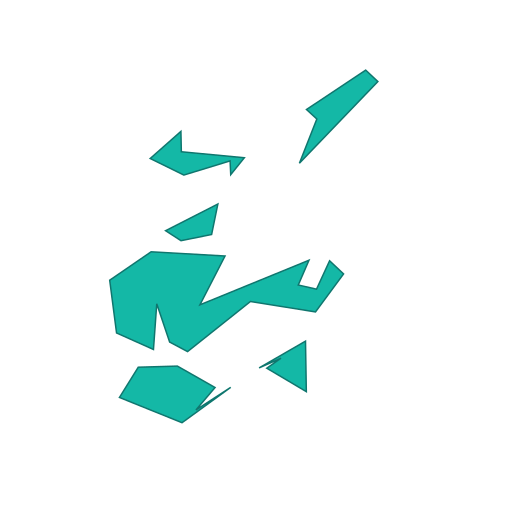 map outline of Orkney (Robinson projection), rotated 336°
{"feature_id": "GBR-2744", "entity_name": "Orkney", "entity_type": "Unitary District", "adm_level": 1, "iso_a3": "GBR", "parent_name": "United Kingdom", "parent_adm1": "", "projection": "robinson", "projection_center": [-2.916, 59.046], "detail": "coarse", "context": "isolated", "style": "filled", "palette": "teal", "viewbox_px": 512, "rotation_deg": 336, "n_neighbors": 0, "source": "natural_earth", "source_scale": "10m", "svg_char_len": 774}
<svg xmlns="http://www.w3.org/2000/svg" viewBox="0 0 512 512"><g transform="rotate(336 256 256)"><path d="M321.3,290.3L328.7,308.0L287.6,331.3L232.4,295.3L154.6,315.5L142.1,299.5L145.9,259.3L124.3,299.7L97.3,269.6L112.5,218.6L161.9,209.5L227.7,243.4L184.9,277.8L302.7,281.4L282.8,299.7L297.8,310.9L321.3,290.3ZM138.5,372.2L179.5,365.7L120.6,378.2L73.7,329.7L103.2,309.7L139.4,324.6L165.1,359.5L138.5,372.2ZM361.7,142.7L431.8,130.8L438.3,146.2L333.4,188.9L367.3,155.6L361.7,142.7ZM223.0,152.7L199.0,123.9L238.1,111.6L230.2,130.4L285.3,161.5L266.0,171.4L271.0,158.6L223.0,152.7ZM213.3,359.5L266.6,353.9L246.8,400.4L220.2,362.9L237.3,359.5L213.3,359.5ZM224.2,218.3L193.7,211.5L183.7,196.1L242.3,193.0L224.2,218.3Z" fill="#14b8a6" stroke="#0f766e" stroke-width="1.5"/></g></svg>